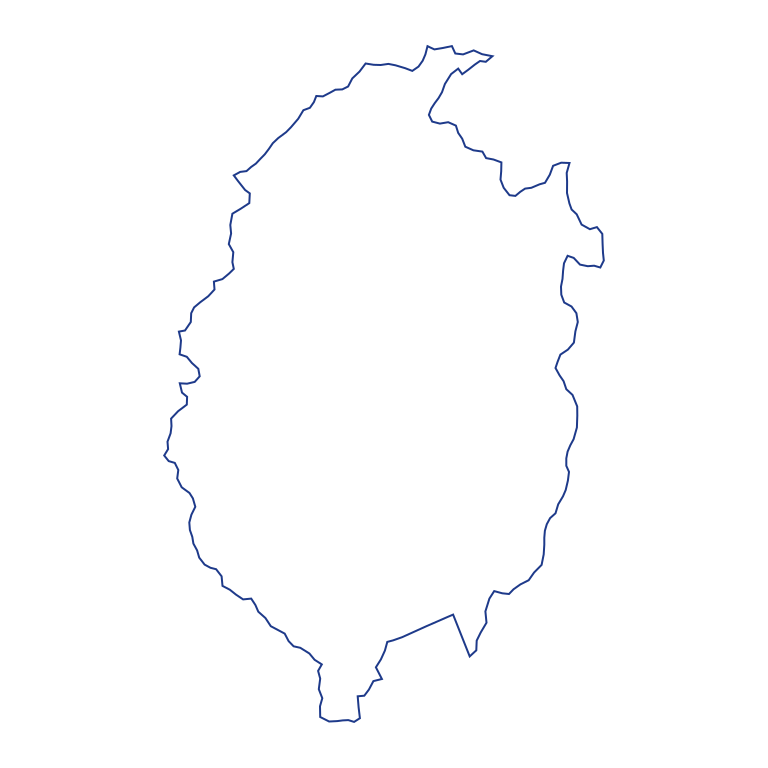 São Bonifácio, Santa Catarina, Brazil (Robinson projection)
{"feature_id": "56859067B25915712564646", "entity_name": "São Bonifácio", "entity_type": "district", "adm_level": 2, "iso_a3": "BRA", "parent_name": "Brazil", "parent_adm1": "Santa Catarina", "projection": "robinson", "projection_center": [-48.935, -27.959], "detail": "fine", "context": "isolated", "style": "outline", "palette": "blue", "viewbox_px": 768, "rotation_deg": 0, "n_neighbors": 0, "source": "geoboundaries", "source_scale": "gbopen_adm2", "svg_char_len": 3234}
<svg xmlns="http://www.w3.org/2000/svg" viewBox="0 0 768 768"><path d="M233.8,175.4L238.0,181.0L245.1,190.0L249.8,193.4L249.3,203.1L240.3,209.0L232.4,213.7L230.3,225.0L231.1,233.5L228.8,244.1L233.3,252.2L232.4,262.2L233.8,268.9L229.1,273.5L222.4,279.1L213.9,281.6L214.5,289.5L208.3,296.2L200.3,302.2L194.1,307.4L191.2,313.2L190.8,322.0L185.0,330.5L178.9,331.6L181.0,340.4L180.4,347.6L179.6,354.3L186.8,356.8L191.9,363.0L198.3,368.8L199.7,376.3L194.7,381.9L187.1,383.7L179.8,383.3L182.0,392.6L187.1,396.8L186.8,404.6L178.1,411.2L171.1,418.6L171.5,426.1L170.6,433.3L167.5,441.7L168.1,449.1L164.2,455.5L168.7,461.1L174.8,462.9L178.3,470.0L177.2,478.5L181.7,487.3L189.5,493.0L192.9,498.4L195.3,506.8L191.4,514.7L189.3,522.5L189.9,530.0L192.3,536.9L193.4,543.6L197.1,550.4L199.2,557.6L204.6,564.6L210.5,567.8L216.1,569.2L221.6,576.3L222.5,585.9L229.8,589.7L236.1,594.7L243.1,599.4L251.2,598.6L255.4,605.0L258.3,611.7L265.4,618.0L270.8,626.2L278.7,630.4L284.7,633.6L288.6,641.1L293.6,646.3L300.3,647.8L309.4,653.5L314.6,659.8L321.8,664.4L318.1,670.9L320.2,678.6L318.8,689.2L322.3,698.2L320.0,706.3L320.2,717.0L329.1,721.5L337.2,721.1L342.7,720.4L348.3,720.1L354.1,721.9L359.9,718.2L358.6,707.3L357.7,696.3L364.3,695.7L368.9,689.6L373.4,681.1L381.9,679.0L375.9,667.3L380.9,659.4L384.9,650.6L387.3,641.9L393.0,640.4L402.1,637.2L426.2,626.3L446.8,617.3L453.1,614.6L469.7,656.4L476.3,650.3L476.7,640.6L480.7,632.5L486.5,622.7L485.4,611.4L489.4,598.6L494.2,591.1L502.3,593.3L509.0,594.0L513.5,589.3L520.4,584.4L528.7,580.2L534.1,572.5L541.6,564.9L543.7,554.4L544.3,544.8L544.3,537.7L544.9,530.7L546.8,524.2L550.1,518.1L555.5,513.3L558.2,504.3L563.0,496.3L565.7,490.0L567.9,480.6L569.0,471.9L566.3,465.8L566.3,458.4L567.6,451.6L570.3,445.3L573.6,439.2L576.9,427.5L577.3,415.6L577.2,406.4L572.5,394.9L566.3,389.2L563.6,381.2L559.6,375.4L555.5,368.0L557.6,361.8L560.4,354.6L567.9,349.6L573.9,342.6L575.4,331.3L577.8,322.0L576.4,313.2L571.5,306.5L564.2,302.5L561.3,294.7L561.0,286.6L562.5,278.9L563.1,270.7L564.0,263.3L567.6,255.8L573.7,257.9L580.0,264.6L587.8,266.2L594.1,265.7L600.3,267.5L603.8,260.5L603.0,252.9L602.6,244.1L602.3,233.9L596.9,227.1L589.9,229.2L581.6,224.6L576.7,214.3L571.6,209.5L569.4,203.4L567.0,193.0L567.1,181.4L566.7,172.9L569.5,163.0L561.2,162.7L553.1,165.8L549.8,174.7L545.0,182.8L539.6,184.3L531.3,187.8L525.1,188.6L520.3,191.8L515.4,195.9L509.5,195.2L503.7,187.8L500.5,179.6L501.2,171.2L501.4,162.4L493.5,159.5L486.1,158.1L482.4,151.6L473.4,150.3L465.3,146.7L462.2,138.7L458.2,132.9L455.9,125.6L448.2,122.2L439.9,123.6L432.2,121.6L428.9,114.9L431.2,108.6L434.7,103.2L438.6,98.0L442.0,92.2L444.9,84.0L451.1,74.1L458.2,68.6L462.2,74.2L468.2,69.8L474.8,64.6L480.0,61.0L485.8,61.8L492.4,56.2L482.1,54.2L473.7,50.4L463.1,54.4L455.3,53.5L451.9,46.1L442.8,48.0L434.4,49.4L427.5,46.2L425.4,54.4L422.7,60.7L418.5,66.6L412.3,70.9L405.2,68.2L395.5,65.3L388.4,63.9L380.7,65.0L373.7,64.8L365.6,63.5L359.5,71.6L352.3,78.4L348.1,86.5L342.3,89.4L335.4,89.7L329.6,92.9L322.9,96.4L316.3,96.0L313.9,102.1L309.9,107.8L303.4,110.2L298.2,118.8L291.0,127.2L286.1,132.2L278.3,138.0L272.8,143.2L268.9,148.9L264.8,154.3L260.4,158.8L255.9,163.6L251.1,167.0L246.5,171.1L240.2,171.9L233.8,175.4Z" fill="none" stroke="#1e3a8a" stroke-width="2"/></svg>